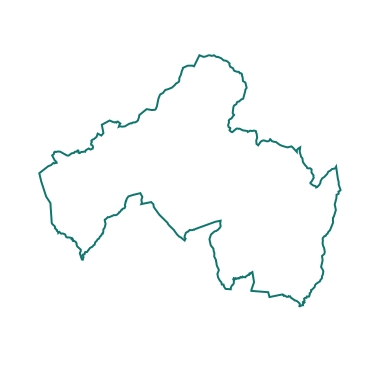 Camilo Ponce Enriquez, Azuay, Ecuador (Mercator projection), rotated 259°
{"feature_id": "8360857B38047305818625", "entity_name": "Camilo Ponce Enriquez", "entity_type": "district", "adm_level": 2, "iso_a3": "ECU", "parent_name": "Ecuador", "parent_adm1": "Azuay", "projection": "mercator", "projection_center": [-79.616, -2.963], "detail": "fine", "context": "isolated", "style": "outline", "palette": "teal", "viewbox_px": 384, "rotation_deg": 259, "n_neighbors": 0, "source": "geoboundaries", "source_scale": "gbopen_adm2", "svg_char_len": 5981}
<svg xmlns="http://www.w3.org/2000/svg" viewBox="0 0 384 384"><g transform="rotate(259 192 192)"><path d="M90.7,205.7L89.1,211.5L90.7,211.9L92.6,213.3L93.2,214.5L94.0,215.3L95.7,216.0L96.9,216.0L97.9,217.1L98.2,217.0L98.7,216.0L99.5,216.6L98.6,217.7L99.0,218.3L98.3,218.9L98.7,219.8L98.2,220.6L98.7,221.3L98.3,222.1L99.0,222.8L99.3,223.6L98.7,224.0L98.5,224.7L99.2,225.5L98.8,225.8L98.1,228.1L98.8,228.8L99.7,230.8L99.7,232.1L100.4,232.3L101.1,232.9L100.6,233.7L101.3,234.3L101.9,236.0L91.7,235.7L84.5,231.6L83.6,231.4L79.1,247.7L74.1,248.0L74.2,261.2L73.7,262.0L73.2,261.8L72.5,262.2L72.5,263.4L71.0,265.0L70.8,266.4L71.3,266.9L70.9,267.2L70.8,268.5L69.5,268.8L66.7,271.6L66.0,272.0L65.8,272.9L64.5,274.6L62.3,276.2L61.6,276.5L59.4,275.7L59.2,276.2L59.9,278.3L59.7,279.4L60.9,279.4L61.8,280.8L62.2,279.9L62.8,279.8L63.3,280.7L63.2,281.4L63.6,281.7L65.9,281.7L66.5,282.8L66.3,284.2L67.5,284.8L67.0,286.9L69.0,288.1L70.1,288.1L70.9,289.4L71.8,290.1L73.0,290.1L73.3,291.3L75.3,294.2L77.1,295.1L78.1,296.2L79.9,300.5L81.2,301.4L82.6,303.1L84.1,303.4L86.5,304.9L89.1,305.8L91.4,305.3L93.7,304.4L100.0,307.2L104.4,307.4L105.9,310.0L107.8,310.9L111.7,311.0L114.3,310.4L116.9,310.4L119.3,311.2L120.5,311.2L121.8,311.6L123.3,313.4L123.5,315.0L124.7,315.8L125.2,317.1L126.6,318.0L128.2,320.2L135.1,324.7L137.3,324.9L139.8,325.5L140.9,326.6L146.9,329.8L152.5,329.7L158.2,332.5L161.7,333.4L162.2,335.5L163.2,335.9L164.4,335.8L165.3,338.1L165.6,338.2L171.4,337.4L173.6,337.9L176.8,337.7L189.4,338.3L188.1,337.2L187.8,336.5L187.8,333.8L186.6,331.9L185.9,329.6L184.0,328.2L181.5,324.7L180.5,322.3L178.1,320.3L176.5,319.8L174.7,318.3L173.0,315.9L172.8,314.8L173.4,314.9L174.2,314.4L175.1,312.5L177.4,310.3L178.3,309.9L178.7,310.1L179.5,311.4L182.7,314.2L183.9,314.1L185.1,314.5L188.3,313.0L191.4,313.7L192.8,312.5L192.9,310.9L193.6,309.6L195.1,309.3L196.5,308.3L200.2,306.6L204.1,306.8L205.8,305.8L211.1,305.4L215.2,306.7L214.4,304.7L213.1,302.8L211.4,302.5L216.5,299.4L217.8,298.3L217.6,294.2L220.0,289.4L221.7,287.0L225.1,283.9L225.5,282.4L226.7,280.1L228.9,279.0L228.9,278.6L227.8,278.0L227.3,276.8L227.4,275.3L229.0,272.3L228.9,270.6L228.3,269.1L225.2,265.9L226.9,264.5L230.3,264.9L232.8,266.3L237.0,266.6L238.1,266.2L239.3,266.5L239.6,266.2L240.5,264.6L240.3,262.8L241.1,260.9L240.3,258.2L241.3,257.9L241.5,257.5L242.9,253.5L245.1,250.8L245.1,249.9L245.8,248.2L245.5,247.3L243.1,243.1L243.4,242.2L244.8,241.0L245.5,240.6L247.3,241.8L247.7,241.7L248.6,240.4L250.7,240.2L253.3,241.6L255.0,241.7L256.1,242.7L256.4,244.1L257.2,245.4L258.7,246.7L259.3,247.8L259.8,248.0L260.4,247.4L261.8,247.0L267.3,248.8L268.8,249.7L269.8,252.3L271.5,253.3L271.9,254.4L271.8,255.3L273.6,258.4L273.6,259.6L274.1,260.2L280.9,263.5L282.2,263.9L283.8,265.5L289.2,265.3L291.2,263.2L295.4,263.6L296.7,263.2L297.7,263.5L298.7,263.3L299.4,262.4L299.4,261.6L301.0,260.9L301.3,259.5L302.7,256.8L304.1,256.1L305.5,256.0L307.8,253.3L309.8,253.0L311.0,253.4L313.1,251.9L314.3,250.6L315.2,248.1L317.6,246.3L319.8,243.1L319.7,242.4L320.1,241.5L322.0,239.7L321.8,237.5L322.7,235.7L323.0,234.3L322.4,231.3L322.5,229.0L324.8,225.4L315.0,218.0L316.0,216.4L316.8,211.8L315.6,206.8L314.7,206.5L312.5,205.0L309.4,203.6L306.3,201.3L303.6,200.7L302.5,199.8L301.4,196.8L300.1,195.3L298.2,192.0L297.4,187.5L297.3,185.3L294.7,182.3L294.0,179.8L293.4,179.0L289.9,176.8L282.8,173.9L280.0,172.0L279.8,171.2L280.1,168.2L282.0,163.3L277.6,155.0L275.3,154.1L272.5,152.5L271.7,151.2L271.2,149.3L271.5,147.1L270.9,145.9L271.2,145.1L270.8,142.9L269.2,138.6L269.5,135.7L270.3,133.8L270.0,132.6L272.0,133.7L272.9,134.7L275.2,132.7L275.4,132.2L274.6,131.1L275.2,130.5L275.0,129.6L275.8,127.8L277.9,124.8L275.2,116.3L266.8,116.3L264.7,113.8L267.3,110.6L264.3,108.8L262.6,105.7L262.3,104.0L261.4,102.9L260.3,103.3L259.1,102.3L257.7,102.0L256.6,103.2L255.8,103.4L254.7,103.3L253.5,102.7L253.6,102.3L253.0,100.6L254.4,98.9L253.3,95.8L251.9,94.8L252.3,94.0L252.2,92.8L252.5,91.2L251.6,89.1L252.1,88.2L254.2,88.4L254.6,88.0L254.4,87.2L253.6,86.6L253.8,84.6L252.9,83.7L252.9,81.1L251.3,77.9L251.6,76.4L256.8,70.2L257.4,67.7L257.2,66.0L257.7,65.3L257.2,64.2L255.5,63.5L254.6,61.7L249.2,63.3L247.6,64.5L246.5,64.7L246.4,62.3L247.0,61.5L245.3,58.8L244.8,55.9L239.6,45.7L231.3,46.0L215.2,48.0L208.2,50.9L188.2,48.4L187.3,48.7L184.8,50.5L183.7,51.0L182.6,50.5L180.4,52.2L179.8,51.9L178.5,52.9L177.3,52.9L178.1,54.2L176.1,55.6L175.9,57.3L174.9,58.9L174.4,59.4L171.9,59.9L171.1,60.9L170.9,62.6L169.8,65.2L168.9,64.9L168.7,65.9L168.2,66.1L167.7,65.5L166.6,65.9L166.3,67.2L165.1,68.4L163.6,68.9L162.5,68.6L160.4,69.0L156.7,71.8L154.9,71.4L153.4,70.2L146.9,71.0L146.5,71.3L146.5,72.0L147.3,71.9L148.0,72.7L148.8,73.1L150.8,72.6L151.5,73.2L151.3,74.6L153.2,75.4L153.4,76.0L153.0,77.3L156.5,81.2L157.4,84.0L158.4,85.0L158.8,86.3L161.1,87.4L162.4,89.4L163.5,90.2L164.0,91.8L165.6,93.0L166.7,94.6L168.3,95.9L168.6,96.3L168.4,96.6L169.5,97.2L172.2,97.9L173.6,99.4L177.1,101.1L180.9,100.9L181.5,101.2L181.9,102.4L183.4,104.5L183.0,105.6L184.2,110.9L183.8,112.7L184.0,113.9L185.4,116.3L186.0,116.5L186.3,117.7L187.8,119.2L187.9,119.9L188.7,120.5L189.0,122.7L190.6,123.8L192.1,123.6L193.8,124.6L194.7,124.7L195.3,125.5L196.2,125.5L196.7,126.2L197.9,126.7L199.8,128.8L200.4,133.9L200.7,141.1L196.6,142.3L193.9,140.8L191.2,140.8L189.8,139.9L189.9,150.0L187.3,151.8L184.6,151.6L175.9,155.6L166.4,162.1L165.1,162.4L163.1,163.5L158.6,166.7L153.2,169.2L150.8,170.8L149.5,172.4L145.8,175.5L147.4,176.8L148.9,176.1L149.5,176.1L153.0,178.1L153.7,179.6L153.8,180.4L155.2,182.6L154.8,183.3L154.5,185.2L154.8,186.5L154.5,186.9L155.0,188.0L158.3,209.0L158.4,214.6L155.8,213.7L153.1,213.6L152.0,213.0L150.1,210.5L149.1,208.3L149.0,206.5L146.6,202.5L142.3,200.1L136.9,200.2L135.7,200.4L132.4,202.2L130.3,202.0L127.8,202.3L124.4,201.5L120.4,202.6L119.2,202.3L118.5,202.5L116.3,202.3L114.0,202.5L111.7,203.3L110.1,203.4L106.7,201.3L103.2,201.3L100.0,202.3L97.6,203.6L95.5,203.6L95.1,205.3L93.1,205.4L91.0,206.2L90.6,206.2L90.7,205.7Z" fill="none" stroke="#0f766e" stroke-width="2"/></g></svg>